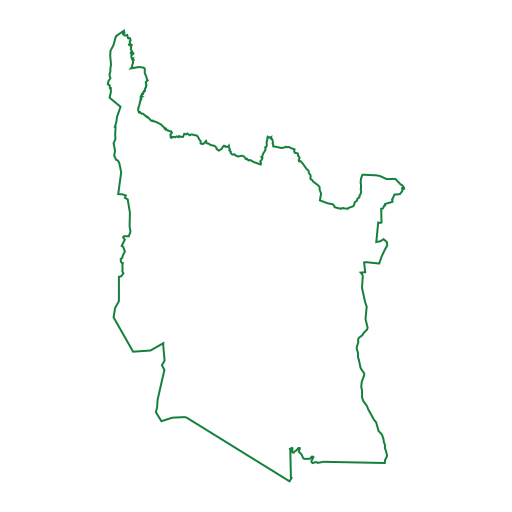 outline of Coronel Pringles, San Luis, Argentina
{"feature_id": "61730980B39626183389698", "entity_name": "Coronel Pringles", "entity_type": "district", "adm_level": 2, "iso_a3": "ARG", "parent_name": "Argentina", "parent_adm1": "San Luis", "projection": "mercator", "projection_center": [-66.019, -33.04], "detail": "fine", "context": "isolated", "style": "outline", "palette": "green", "viewbox_px": 512, "rotation_deg": 0, "n_neighbors": 0, "source": "geoboundaries", "source_scale": "gbopen_adm2", "svg_char_len": 6014}
<svg xmlns="http://www.w3.org/2000/svg" viewBox="0 0 512 512"><path d="M402.3,185.3L400.8,184.6L395.5,179.1L395.0,178.9L386.7,179.1L379.6,175.9L376.1,175.3L362.7,174.7L362.3,175.0L361.0,178.7L360.6,182.9L361.0,183.9L361.0,188.5L360.7,189.2L361.2,191.6L360.3,194.7L359.4,195.8L359.4,197.4L357.5,198.6L356.9,200.7L354.9,202.2L353.6,206.0L353.1,206.3L348.5,207.9L348.0,208.7L343.7,208.4L343.2,208.0L341.9,208.2L341.4,208.7L340.5,208.8L339.7,208.3L339.0,208.4L334.7,207.2L334.5,206.3L332.7,204.2L328.0,203.4L319.9,200.4L321.1,193.6L319.7,190.0L319.5,186.8L317.8,185.1L313.0,181.4L312.1,180.0L310.7,179.2L310.3,178.1L310.7,176.6L310.4,175.0L309.1,173.3L308.4,170.5L306.4,168.8L303.1,164.0L300.5,161.1L300.0,161.0L299.4,161.4L299.0,161.3L298.8,160.0L299.6,158.0L299.0,156.8L298.1,155.8L298.0,154.3L297.7,153.4L294.9,152.8L294.2,151.7L294.5,149.3L291.6,148.4L288.9,147.0L286.9,147.2L286.1,146.7L284.3,147.5L281.6,148.0L273.2,146.3L273.1,144.1L272.6,143.6L272.9,142.6L272.8,141.3L272.0,139.0L271.0,138.7L271.2,137.3L270.8,137.6L269.9,137.1L268.9,137.7L267.7,136.8L266.6,142.6L266.8,145.7L266.3,146.7L265.2,147.3L265.6,149.2L264.6,151.4L263.3,153.3L262.0,157.0L261.6,157.1L262.5,157.9L261.5,160.0L260.3,161.3L261.0,163.3L260.7,164.5L253.6,162.0L250.2,160.0L248.9,160.5L247.7,159.7L247.3,158.9L246.4,159.2L245.7,158.9L245.8,158.4L243.8,156.4L242.1,155.7L237.9,156.5L235.1,155.2L234.6,154.3L232.9,154.6L232.1,154.4L230.6,152.8L230.8,151.6L229.4,150.4L229.8,150.0L229.8,148.9L229.0,147.7L228.8,145.8L228.1,146.7L225.7,146.9L225.3,146.7L225.3,146.2L224.0,145.7L222.5,147.3L221.8,148.6L219.7,150.2L218.6,150.6L217.7,149.6L216.7,149.2L216.4,147.7L214.6,145.9L210.3,144.9L209.2,143.9L206.6,143.2L206.1,142.2L206.3,141.1L206.1,140.8L203.7,143.7L203.1,143.6L202.3,144.1L201.0,143.6L200.6,143.3L200.7,141.2L198.9,139.0L198.6,137.9L197.6,136.4L197.1,136.1L196.9,135.6L195.5,135.2L194.5,135.2L192.0,134.4L191.1,134.5L189.7,135.3L187.4,133.5L186.2,134.4L184.3,133.8L183.0,136.9L181.8,137.0L178.9,136.1L178.7,136.2L178.6,137.2L176.4,136.4L175.1,137.3L172.6,136.8L171.8,137.3L171.5,138.6L171.2,137.4L170.6,137.0L170.8,135.9L170.3,134.9L171.9,132.5L171.2,131.8L171.2,131.4L169.5,131.2L168.2,130.4L167.5,130.5L166.8,129.9L166.2,128.9L165.7,129.3L165.4,128.4L164.6,128.6L164.5,127.9L160.8,124.3L155.6,121.7L154.3,121.6L152.9,120.6L152.4,120.6L152.1,121.0L151.0,120.5L147.8,117.1L147.4,117.3L146.6,116.8L146.6,116.4L145.6,116.2L145.1,115.4L142.7,113.6L142.1,113.8L140.5,112.9L139.4,112.6L139.6,112.0L138.9,112.0L138.9,111.6L138.5,111.2L138.1,110.1L138.4,108.7L138.2,108.1L139.0,106.4L139.9,102.7L139.8,102.1L140.8,100.1L140.7,99.5L141.4,98.9L141.3,98.6L140.9,99.0L141.5,97.8L141.2,98.3L140.9,98.4L141.5,97.1L141.2,97.1L141.8,96.8L141.4,96.7L141.5,96.3L141.3,96.3L141.5,96.1L141.0,96.4L141.0,96.1L141.3,95.6L141.8,95.7L141.8,94.3L142.4,94.6L143.0,94.1L143.1,93.8L142.7,94.0L143.5,92.6L142.8,93.2L143.7,91.7L144.0,91.8L144.0,92.2L144.1,91.6L144.2,92.0L144.3,91.4L144.6,91.6L144.3,91.1L144.9,90.9L145.0,88.9L145.5,87.7L146.0,87.5L146.1,85.4L146.4,85.2L145.7,82.3L146.5,81.2L147.2,81.0L147.7,80.4L146.7,78.7L146.7,77.9L144.7,72.7L144.8,68.9L143.7,67.7L139.1,67.0L130.9,68.4L132.2,66.9L132.2,65.0L133.1,62.8L132.9,61.0L133.7,60.1L133.7,59.8L132.7,59.5L133.0,58.5L132.2,58.8L131.8,58.7L131.3,56.5L131.4,55.4L133.4,53.7L133.4,53.3L133.0,53.0L132.0,53.0L131.3,53.8L130.8,53.4L131.3,51.8L132.2,51.7L130.8,49.1L131.2,47.5L130.9,46.5L131.7,45.4L131.7,44.9L131.0,44.7L130.0,45.3L129.0,44.8L128.9,44.5L129.4,44.1L130.3,44.1L129.7,41.4L130.6,40.4L130.1,38.3L129.4,38.1L128.7,38.4L128.0,38.1L127.2,35.0L125.2,35.6L124.4,35.4L123.1,34.3L123.0,33.5L123.9,33.4L124.5,32.9L123.9,30.7L116.5,35.8L116.4,36.4L115.8,36.6L113.5,45.0L110.5,50.8L110.2,55.7L111.0,64.6L110.3,69.1L110.4,71.4L109.4,74.8L110.4,78.3L108.6,80.8L107.8,84.2L109.7,85.4L109.9,88.1L110.8,88.1L110.9,91.8L109.6,97.7L120.5,106.8L117.0,117.0L116.2,122.7L114.8,126.9L115.6,127.1L115.2,134.1L115.4,139.3L113.6,143.2L115.0,150.6L114.2,155.7L116.1,159.8L117.5,160.3L118.6,161.7L119.4,163.6L121.2,172.3L118.2,194.1L122.2,194.3L125.8,195.5L124.9,197.8L127.7,199.4L129.9,212.6L129.6,226.5L130.5,231.7L128.8,236.3L124.1,236.2L123.1,237.3L124.8,239.7L121.7,245.9L123.1,246.7L124.9,251.5L122.9,255.3L122.2,258.0L120.7,258.9L120.9,261.7L121.9,263.0L122.8,263.1L122.4,265.3L122.6,269.3L122.2,271.1L123.4,273.3L121.2,276.3L118.9,276.8L118.9,301.1L115.1,308.0L113.6,317.4L133.1,351.7L150.5,350.5L163.3,343.2L163.2,345.1L164.6,360.6L161.9,365.2L164.4,369.9L157.6,399.7L157.1,407.3L155.9,412.2L161.4,421.2L172.3,417.7L184.3,417.1L186.4,417.5L289.5,481.3L291.6,477.9L290.9,477.4L290.3,450.0L289.9,448.9L292.0,447.9L292.5,448.3L292.0,451.7L292.5,452.4L293.3,452.7L293.6,452.7L294.6,451.4L296.2,450.6L298.5,448.0L299.6,448.0L299.8,448.8L298.9,451.2L299.0,452.0L301.5,454.4L303.2,458.1L304.2,458.9L309.4,458.8L310.4,458.3L311.8,456.6L313.1,456.7L313.4,457.0L313.3,457.4L311.4,461.1L311.7,462.3L312.7,463.1L315.4,462.1L316.6,462.2L317.5,462.9L323.5,461.8L384.8,463.0L385.1,460.0L386.8,456.7L387.0,455.1L385.7,450.0L384.9,448.3L385.0,444.8L384.0,442.6L383.5,439.2L382.1,434.9L378.5,430.8L376.2,422.5L374.0,419.8L368.1,409.1L367.1,406.3L363.3,401.0L362.1,397.5L362.0,390.1L361.3,387.3L361.3,386.0L361.8,381.6L364.2,375.2L364.3,373.9L363.9,373.0L361.0,368.8L360.4,367.3L358.9,359.9L358.1,357.7L358.0,352.9L356.9,349.5L356.7,348.0L357.4,344.8L358.3,342.6L358.1,339.9L358.5,338.5L359.3,337.5L362.3,335.3L363.8,332.8L367.1,329.5L367.6,327.6L365.5,319.0L366.7,306.7L365.1,302.1L362.0,287.9L362.8,276.0L362.2,274.4L360.7,272.6L365.2,272.2L364.1,262.4L366.2,262.2L379.2,263.5L381.5,256.8L384.8,249.8L387.2,245.5L386.9,242.1L383.6,239.2L380.3,241.3L376.3,242.0L378.2,222.5L380.2,222.9L381.5,222.5L381.2,208.7L382.6,208.6L383.4,207.7L383.8,206.1L385.1,205.5L384.9,204.5L385.1,204.0L392.5,201.8L392.1,199.4L392.4,199.3L394.5,194.5L397.9,194.4L400.0,194.0L402.3,191.0L402.3,190.2L402.7,189.7L402.1,188.6L402.2,188.0L403.0,187.8L403.6,189.0L404.2,188.7L403.9,187.6L402.3,185.3Z" fill="none" stroke="#15803d" stroke-width="2"/></svg>